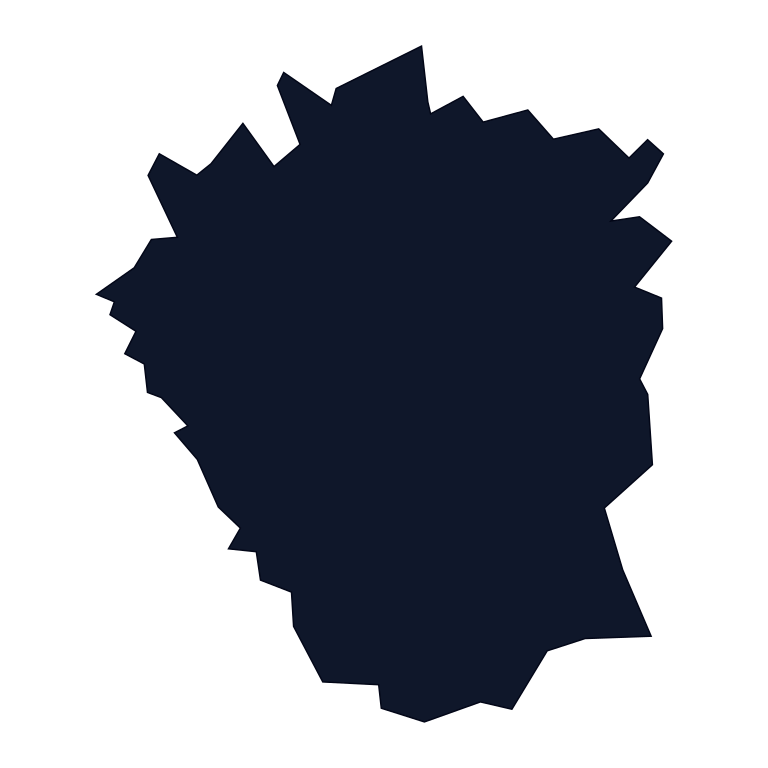 Madison, Kentucky, United States of America (Equal Earth projection)
{"feature_id": "52423323B91940214959831", "entity_name": "Madison", "entity_type": "district", "adm_level": 2, "iso_a3": "USA", "parent_name": "United States of America", "parent_adm1": "Kentucky", "projection": "equal_earth", "projection_center": [-84.298, 37.716], "detail": "fine", "context": "isolated", "style": "filled", "palette": "ink", "viewbox_px": 768, "rotation_deg": 0, "n_neighbors": 0, "source": "geoboundaries", "source_scale": "gbopen_adm2", "svg_char_len": 906}
<svg xmlns="http://www.w3.org/2000/svg" viewBox="0 0 768 768"><path d="M663.4,153.9L647.6,139.7L629.0,158.1L598.7,128.9L553.4,139.2L527.8,110.0L483.1,122.1L463.1,96.4L430.6,113.9L427.8,101.9L421.5,46.1L336.2,88.5L331.4,105.4L283.7,72.5L277.4,85.5L300.1,144.4L274.0,166.6L242.9,123.4L211.0,163.8L196.8,175.2L159.3,153.8L148.1,175.4L177.4,237.3L151.4,239.5L134.2,267.8L96.4,294.3L114.4,301.8L110.0,314.7L136.0,331.3L124.8,353.7L144.3,364.0L147.5,392.4L161.4,397.6L187.9,425.9L174.5,432.8L197.3,459.4L218.3,507.0L240.4,528.1L228.5,548.8L256.3,551.7L260.5,580.1L291.5,592.1L293.6,626.4L322.8,681.9L378.7,684.7L381.3,708.2L424.4,721.9L480.4,701.9L511.9,709.2L547.2,650.8L585.1,638.5L651.1,636.2L622.7,569.9L604.3,508.0L652.4,464.7L647.7,394.4L639.6,378.9L662.6,328.6L661.5,298.1L634.5,287.1L671.6,241.2L639.5,216.8L610.8,221.1L647.7,182.9L663.4,153.9Z" fill="#0f172a" stroke="#020617" stroke-width="1.5"/></svg>